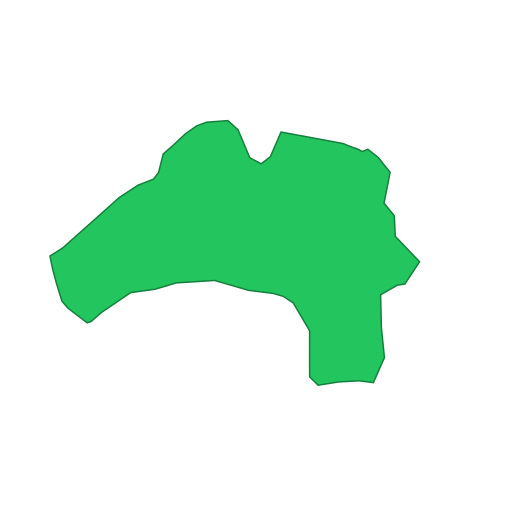 the district of Opobo/Nkoro, Nigeria, rotated 125°
{"feature_id": "59680162B46802984315739", "entity_name": "Opobo/Nkoro", "entity_type": "district", "adm_level": 2, "iso_a3": "NGA", "parent_name": "Nigeria", "parent_adm1": "", "projection": "robinson", "projection_center": [7.512, 4.533], "detail": "fine", "context": "isolated", "style": "filled", "palette": "green", "viewbox_px": 512, "rotation_deg": 125, "n_neighbors": 0, "source": "geoboundaries", "source_scale": "gbopen_adm2", "svg_char_len": 853}
<svg xmlns="http://www.w3.org/2000/svg" viewBox="0 0 512 512"><g transform="rotate(125 256 256)"><path d="M407.6,356.0L404.3,353.5L390.9,350.2L357.9,337.7L341.2,319.7L323.8,305.9L320.1,301.3L315.0,294.9L299.8,275.9L288.3,242.2L276.9,220.7L273.4,210.5L273.1,198.5L286.5,169.2L324.3,142.7L326.2,131.0L311.7,116.0L299.2,100.1L292.4,87.2L265.6,92.5L243.0,112.0L216.3,131.7L198.9,123.5L193.6,118.0L166.9,118.7L160.0,153.2L143.7,165.8L139.3,181.4L110.6,194.1L105.2,212.2L104.4,225.6L109.4,228.8L110.0,233.5L112.6,243.0L113.8,248.9L140.1,306.6L166.5,301.2L177.5,304.7L179.1,317.4L162.9,343.1L161.2,356.7L174.8,373.3L183.6,379.3L196.2,383.9L213.0,387.4L225.6,390.5L243.6,383.7L251.9,384.1L265.7,393.3L286.4,401.5L360.4,419.0L374.2,424.8L383.8,414.6L392.7,404.0L404.3,389.1L406.6,380.3L407.6,356.0Z" fill="#22c55e" stroke="#15803d" stroke-width="1.5"/></g></svg>